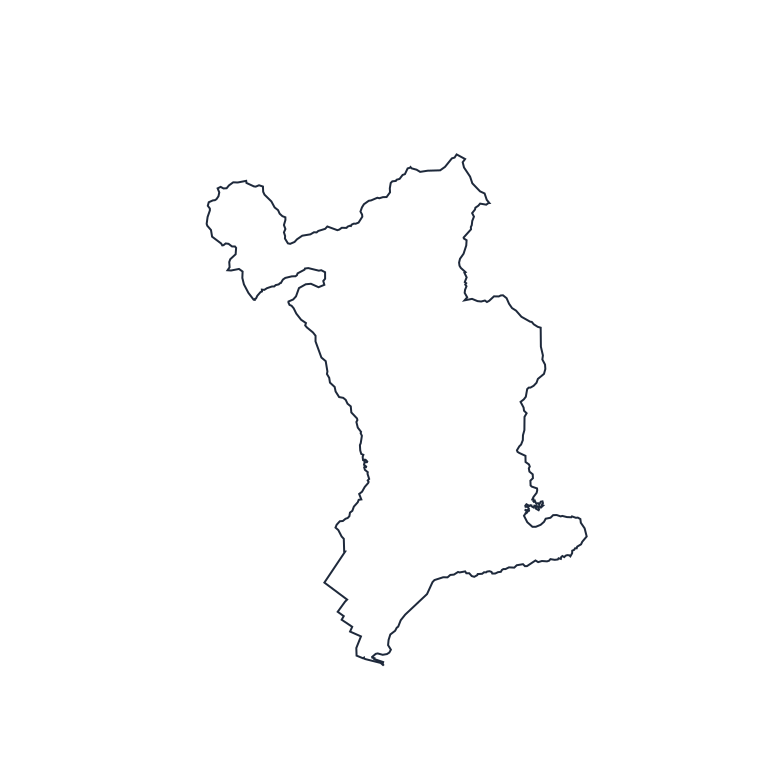 Sacele, Brasov, Romania, rotated 221°
{"feature_id": "2599482B39032167315521", "entity_name": "Sacele", "entity_type": "district", "adm_level": 2, "iso_a3": "ROU", "parent_name": "Romania", "parent_adm1": "Brasov", "projection": "mercator", "projection_center": [25.764, 45.547], "detail": "fine", "context": "isolated", "style": "outline", "palette": "slate", "viewbox_px": 768, "rotation_deg": 221, "n_neighbors": 0, "source": "geoboundaries", "source_scale": "gbopen_adm2", "svg_char_len": 6154}
<svg xmlns="http://www.w3.org/2000/svg" viewBox="0 0 768 768"><g transform="rotate(221 384 384)"><path d="M479.8,604.9L479.3,601.2L480.8,598.8L480.4,587.9L481.8,582.1L491.0,573.6L495.9,567.8L500.0,567.1L504.6,564.9L506.3,565.1L506.2,564.4L507.6,562.2L505.9,556.1L507.1,554.0L506.8,549.0L508.5,546.4L508.3,545.0L510.7,542.4L510.8,540.1L508.0,535.5L505.2,532.6L504.7,526.8L507.4,524.3L509.4,521.1L511.2,520.2L514.2,514.1L515.7,512.3L517.1,506.5L516.5,502.8L514.9,498.7L511.7,497.5L510.1,496.0L509.1,489.1L510.5,486.4L512.0,485.2L513.0,483.0L512.6,481.5L513.6,481.0L514.7,478.9L514.7,477.3L518.4,474.1L519.0,471.3L520.1,469.5L530.1,465.7L530.2,462.5L534.0,456.4L534.3,454.2L536.4,452.6L537.7,448.7L543.0,442.3L544.6,436.1L544.7,432.5L546.8,428.2L548.8,427.1L554.2,428.8L555.7,430.8L559.0,432.8L560.1,436.3L563.8,438.3L566.0,443.1L567.8,445.1L570.8,444.0L574.5,444.1L578.0,445.7L582.4,445.5L588.8,447.9L598.4,448.5L601.3,449.8L604.9,453.6L608.7,452.0L610.3,448.8L611.8,447.8L619.7,445.5L621.3,446.9L626.6,440.1L630.1,437.3L631.3,432.2L631.2,428.5L633.4,426.3L636.6,425.6L637.9,422.5L634.0,420.5L632.1,417.1L631.7,413.6L632.2,411.8L633.6,410.3L635.5,406.2L633.9,402.9L630.6,402.2L629.3,400.8L626.7,394.3L622.9,388.5L621.2,387.5L615.6,386.7L610.4,382.4L599.1,383.2L597.0,382.5L596.2,383.5L595.7,386.2L593.3,387.8L588.9,388.1L586.7,390.0L584.9,389.7L581.1,384.6L581.9,377.3L580.8,374.5L577.1,370.8L576.7,367.2L573.9,369.3L568.9,375.7L564.5,376.1L560.5,371.1L555.1,367.3L546.1,363.8L537.7,362.1L536.7,362.7L537.2,363.6L536.7,364.6L537.5,367.5L537.5,372.3L536.8,373.8L538.1,375.1L536.1,376.5L535.2,379.5L532.6,384.0L530.8,385.7L530.7,387.5L528.8,390.1L528.7,391.7L528.1,392.5L528.8,396.5L528.1,399.3L524.1,404.9L521.5,407.2L521.1,409.0L521.8,410.8L519.0,418.1L519.4,419.3L517.2,421.8L507.5,426.8L506.0,428.7L501.8,429.7L497.5,424.8L497.4,421.9L494.1,419.7L496.9,414.1L504.9,411.7L508.5,407.9L511.1,400.6L507.9,392.4L508.0,388.2L510.2,383.6L509.6,382.8L507.2,381.7L505.1,382.4L501.9,381.9L496.4,379.6L488.7,378.1L482.9,378.8L481.9,376.5L479.4,376.1L471.4,376.3L467.3,375.5L463.6,371.2L448.6,362.9L443.0,363.0L434.9,356.3L433.6,354.1L429.4,352.7L425.7,349.6L419.3,349.4L415.6,346.6L409.3,344.7L405.7,346.8L402.5,346.9L398.6,345.2L394.4,345.3L390.0,341.1L381.8,340.3L380.4,339.3L379.9,337.2L375.2,333.9L369.9,332.8L369.4,331.6L366.7,330.4L362.7,324.0L362.1,322.1L358.4,318.3L355.3,316.3L353.1,317.0L352.3,315.0L349.9,312.8L348.5,313.0L348.8,314.3L348.2,314.7L345.8,314.5L345.6,313.8L347.3,312.1L346.1,309.9L343.3,310.0L343.1,309.5L344.4,308.9L344.3,308.1L342.1,306.7L338.4,306.8L337.5,305.4L332.9,302.6L333.0,300.5L331.4,300.0L331.0,298.9L331.0,293.7L329.9,288.3L330.6,284.7L325.4,282.0L327.1,280.0L326.2,277.5L326.3,271.7L324.7,267.5L325.3,264.6L323.4,261.5L323.5,259.0L324.6,257.1L325.2,253.6L327.3,251.4L327.4,246.7L326.4,243.8L322.7,243.8L315.9,241.1L312.8,240.8L304.2,231.5L303.4,232.1L298.7,195.0L270.4,197.1L270.6,194.2L269.5,181.7L262.1,182.4L261.3,178.3L248.7,179.9L247.2,174.9L235.8,178.4L231.7,166.6L226.5,161.0L220.0,163.2L219.6,164.3L219.0,163.7L217.5,164.2L203.5,171.3L199.5,171.3L201.4,171.9L202.2,173.6L210.9,170.0L211.3,170.8L213.3,169.8L213.9,170.2L213.2,174.9L212.0,176.5L207.3,178.8L204.6,182.1L203.8,184.8L204.5,188.0L209.6,189.6L212.6,193.8L214.9,199.1L213.7,205.1L214.5,208.4L214.1,210.2L216.4,216.7L216.7,223.9L213.7,253.7L217.4,266.3L217.3,269.1L212.6,276.9L209.2,279.8L208.7,283.4L206.2,286.0L204.8,290.7L203.3,291.4L199.8,295.8L197.7,295.2L195.5,297.1L191.8,296.6L189.4,297.7L188.2,300.9L188.6,302.0L185.4,305.2L185.0,307.5L183.3,308.9L183.2,310.0L181.6,311.9L179.6,312.7L177.9,312.0L175.7,314.0L174.5,316.8L172.6,318.9L173.0,321.0L172.5,322.6L170.9,324.0L169.4,327.6L165.2,330.9L164.9,334.3L160.9,339.2L158.1,339.0L156.6,340.4L153.9,350.2L150.8,350.7L148.7,354.0L144.6,357.1L143.5,358.9L143.5,361.0L139.8,363.3L137.7,365.6L137.9,367.0L135.8,368.0L136.7,369.5L136.5,371.2L134.4,371.6L134.3,373.6L133.4,375.1L131.7,376.3L130.3,376.2L131.0,379.7L132.6,381.7L131.7,383.6L132.0,385.4L130.8,386.4L131.5,388.0L130.1,392.3L130.9,395.1L131.0,401.9L137.9,406.7L144.4,408.4L147.2,410.9L150.1,410.3L151.4,408.9L155.3,407.4L155.2,406.3L158.6,403.6L162.9,401.4L163.8,400.0L167.7,398.4L170.3,396.0L170.6,392.3L173.6,388.4L172.8,385.0L173.4,380.5L175.7,375.9L178.3,373.6L185.2,373.7L191.9,376.4L192.2,378.6L191.7,380.7L191.8,381.4L192.4,381.1L192.2,382.0L195.4,381.5L190.7,383.7L192.9,383.4L192.7,384.8L195.0,385.6L196.6,384.2L197.5,384.8L197.6,386.7L194.2,387.4L194.1,388.5L193.1,389.1L192.4,388.5L189.9,389.0L190.7,390.8L189.4,391.6L187.5,389.6L184.5,390.2L184.7,391.1L186.6,392.3L187.5,392.0L188.4,392.1L185.8,393.8L184.5,393.7L184.2,396.5L185.0,396.0L184.9,396.8L185.8,396.9L185.9,398.4L187.4,399.4L188.5,398.0L187.8,394.9L189.6,395.1L190.3,393.5L192.9,394.5L193.5,393.4L194.0,393.5L193.4,394.1L193.9,394.9L194.7,394.3L195.8,395.2L196.4,394.5L197.1,396.9L197.4,402.0L198.7,404.4L200.0,405.6L205.2,403.5L206.8,403.6L210.1,407.1L209.8,410.6L212.5,413.4L216.8,413.3L219.4,415.4L219.8,417.3L221.8,418.4L226.0,418.0L230.1,422.6L236.7,420.7L238.7,420.4L240.2,421.2L241.0,425.8L240.8,428.2L242.4,432.7L245.5,436.5L247.8,441.3L256.4,451.4L257.2,455.5L260.8,455.7L263.2,457.8L269.2,460.1L268.4,464.1L268.6,467.4L272.6,474.1L272.4,476.2L271.1,477.4L269.9,480.8L269.7,485.0L271.2,488.8L269.9,496.6L272.1,501.2L275.2,504.3L280.6,506.4L282.8,509.8L290.1,515.1L302.7,529.3L305.5,528.0L310.1,527.3L313.2,527.8L314.6,526.9L324.4,524.9L332.5,526.0L337.2,525.3L342.3,526.6L347.8,529.2L352.4,529.0L354.0,527.4L354.8,525.4L358.5,522.3L359.2,515.8L360.1,513.4L362.6,513.2L364.8,510.0L367.8,507.9L373.4,506.0L378.1,500.0L378.1,504.0L382.9,505.7L384.6,508.2L385.9,511.9L387.9,512.3L388.1,514.0L389.9,513.9L391.6,518.7L396.3,520.7L395.8,521.9L402.2,522.0L404.6,522.8L407.0,524.9L408.8,528.4L409.4,534.5L412.8,542.5L416.0,546.7L419.2,546.2L420.0,546.8L419.8,557.8L421.4,559.4L422.0,561.5L424.4,565.0L425.9,569.3L429.6,570.8L429.8,575.4L430.7,577.0L429.8,580.4L429.8,583.2L424.5,586.4L423.9,589.0L423.2,589.7L427.3,590.4L433.1,593.8L437.9,592.4L449.0,593.4L455.1,597.0L465.7,599.9L470.1,603.0L470.4,607.0L479.8,604.9Z" fill="none" stroke="#1e293b" stroke-width="2"/></g></svg>